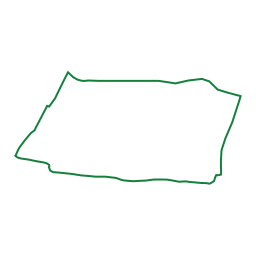 the district of Gros Islet/Edge Water, Gros Islet, Saint Lucia
{"feature_id": "8701671B26446113405700", "entity_name": "Gros Islet/Edge Water", "entity_type": "district", "adm_level": 2, "iso_a3": "LCA", "parent_name": "Saint Lucia", "parent_adm1": "Gros Islet", "projection": "mercator", "projection_center": [-60.95, 14.079], "detail": "fine", "context": "isolated", "style": "outline", "palette": "green", "viewbox_px": 256, "rotation_deg": 0, "n_neighbors": 0, "source": "geoboundaries", "source_scale": "gbopen_adm2", "svg_char_len": 1240}
<svg xmlns="http://www.w3.org/2000/svg" viewBox="0 0 256 256"><path d="M240.6,96.1L228.5,92.9L217.7,89.6L209.3,81.4L202.0,78.9L188.4,80.5L175.5,83.4L162.3,81.4L158.7,80.9L148.3,80.9L123.6,80.9L98.9,80.9L88.4,80.5L84.8,80.9L82.4,80.9L77.6,79.7L73.2,77.2L68.4,72.7L68.0,72.3L64.0,80.1L58.3,91.7L55.1,98.3L51.5,103.3L49.1,106.6L47.1,105.9L46.2,107.8L45.3,109.5L43.2,113.5L39.3,121.0L35.8,127.7L35.5,128.3L34.6,130.3L31.2,132.8L28.9,135.4L28.0,136.5L27.5,137.1L24.3,141.0L20.1,146.6L19.4,147.6L18.4,149.4L17.3,151.8L16.2,154.2L15.9,155.4L15.4,155.8L16.7,156.9L18.6,157.9L21.6,158.6L28.1,159.5L34.3,160.8L38.0,161.5L43.4,162.4L46.4,163.1L49.1,164.9L49.4,166.0L48.9,167.2L50.3,170.7L53.3,172.2L58.2,172.5L64.6,173.2L71.7,173.9L81.3,175.4L90.0,176.1L96.0,176.7L105.5,176.7L115.9,177.9L120.9,179.7L122.9,180.3L129.3,180.9L132.7,181.2L135.8,181.1L137.9,180.9L145.7,180.6L154.0,179.5L160.2,179.5L167.1,179.6L173.1,180.6L178.8,181.7L185.9,181.4L190.2,182.0L196.0,182.5L201.4,183.0L206.2,183.1L209.4,183.7L212.2,182.3L214.1,180.9L215.1,177.5L216.3,175.0L217.5,175.3L218.1,175.1L218.9,175.1L221.1,174.5L220.9,161.5L220.9,160.9L221.5,150.5L222.2,148.1L225.5,138.1L232.2,122.4L239.1,101.2L240.6,96.1Z" fill="none" stroke="#15803d" stroke-width="2"/></svg>